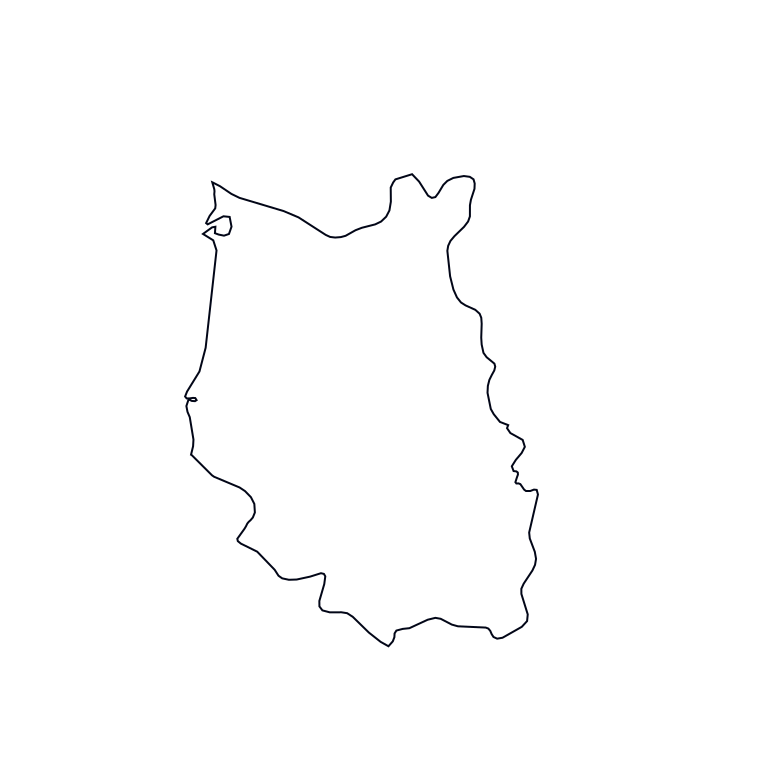 Quàng Nam, Natural Earth projection, rotated 219°
{"feature_id": "VNM-487", "entity_name": "Quàng Nam", "entity_type": "Province", "adm_level": 1, "iso_a3": "VNM", "parent_name": "Vietnam", "parent_adm1": "", "projection": "natural_earth1", "projection_center": [107.941, 15.525], "detail": "fine", "context": "isolated", "style": "outline", "palette": "ink", "viewbox_px": 768, "rotation_deg": 219, "n_neighbors": 0, "source": "natural_earth", "source_scale": "10m", "svg_char_len": 2542}
<svg xmlns="http://www.w3.org/2000/svg" viewBox="0 0 768 768"><g transform="rotate(219 384 384)"><path d="M149.0,259.6L151.7,258.7L174.1,242.2L179.9,239.7L192.2,237.2L196.9,234.6L201.7,228.3L210.6,210.2L215.3,205.5L219.2,200.2L218.8,196.8L216.6,193.8L215.2,189.5L215.5,183.0L224.3,181.5L239.3,181.3L261.7,183.4L268.4,182.7L273.4,179.8L282.5,172.4L289.4,169.3L294.2,170.5L297.7,174.7L304.5,190.9L308.6,197.6L311.2,198.6L313.9,197.3L320.2,187.8L328.8,177.1L334.7,172.0L340.8,168.9L345.3,168.6L352.0,170.8L377.0,173.9L394.7,169.9L398.7,169.9L400.6,171.4L401.3,183.5L401.7,186.5L402.4,189.5L402.4,191.7L402.0,194.2L401.9,197.7L403.5,202.9L409.3,209.2L416.2,212.3L424.6,213.3L431.1,212.7L457.6,205.0L460.2,204.8L489.3,207.8L489.5,207.7L493.2,215.5L497.1,220.9L514.1,236.0L519.2,238.7L523.7,242.5L526.2,249.1L522.7,249.9L520.1,251.7L519.5,253.5L521.8,254.3L523.7,253.0L526.0,250.5L528.3,248.6L530.7,249.1L532.3,254.2L535.3,277.6L545.4,299.9L598.2,382.4L607.1,388.2L619.1,386.7L616.2,397.5L614.0,400.1L610.3,394.8L606.5,396.1L601.7,398.6L598.9,403.0L601.5,410.3L609.1,416.7L614.3,413.3L621.5,397.1L623.5,397.1L625.3,404.9L625.7,414.3L627.5,417.1L635.3,424.6L637.0,427.1L638.5,428.6L644.4,432.7L643.6,432.9L635.9,434.5L622.2,435.7L613.5,437.7L570.9,455.2L555.3,459.7L523.1,463.2L518.4,464.4L514.1,467.1L510.0,471.0L507.1,475.0L502.9,485.6L499.5,491.5L491.3,502.5L488.5,508.4L487.6,515.4L489.0,522.3L493.4,530.0L502.4,540.9L503.7,546.4L503.9,550.2L494.2,564.7L484.1,563.4L468.3,558.1L464.0,558.7L461.7,561.6L461.9,566.8L463.2,576.1L462.6,581.7L459.8,587.8L452.8,595.9L447.7,599.0L443.2,599.4L439.7,596.9L436.5,592.6L432.4,581.9L429.7,577.0L422.7,568.3L420.9,563.2L420.7,556.5L422.3,543.2L422.4,537.0L421.1,531.8L418.6,527.4L400.4,509.3L389.5,501.1L381.8,497.2L375.5,495.8L370.1,496.4L359.7,499.1L353.9,498.8L350.1,496.7L346.0,492.3L337.6,481.2L332.9,476.1L326.3,470.8L321.1,469.4L311.0,469.3L308.5,467.5L306.8,463.9L305.9,458.8L304.7,453.5L302.1,447.9L298.0,442.3L285.3,431.8L279.7,429.6L270.0,427.5L261.6,430.2L260.6,427.1L254.9,425.4L241.0,427.8L235.0,423.8L233.6,417.0L233.8,408.1L232.9,400.5L228.5,397.9L226.1,399.4L224.3,399.4L222.9,397.9L221.9,395.0L220.1,390.4L218.5,390.0L216.9,391.4L215.0,392.0L208.6,390.1L206.3,390.2L203.0,392.9L201.0,396.3L198.7,397.8L194.8,395.0L177.7,359.9L173.5,355.7L161.2,348.5L155.8,343.8L152.8,338.5L151.3,332.5L149.8,316.8L148.4,311.3L145.1,307.3L127.3,295.4L123.6,289.8L124.1,282.0L132.2,261.4L135.8,257.3L139.7,256.3L143.0,257.4L146.0,259.0L149.0,259.6Z" fill="none" stroke="#020617" stroke-width="2"/></g></svg>